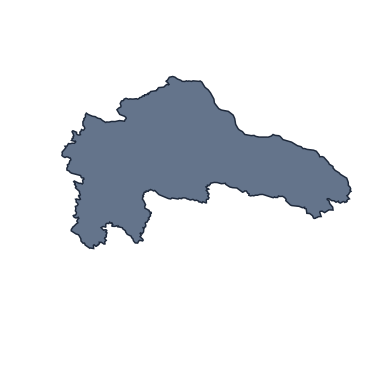 Chita, Equal Earth projection, rotated 215°
{"feature_id": "RUS-2610", "entity_name": "Chita", "entity_type": "Region", "adm_level": 1, "iso_a3": "RUS", "parent_name": "Russia", "parent_adm1": "", "projection": "equal_earth", "projection_center": [116.487, 53.771], "detail": "fine", "context": "isolated", "style": "filled", "palette": "slate", "viewbox_px": 384, "rotation_deg": 215, "n_neighbors": 0, "source": "natural_earth", "source_scale": "10m", "svg_char_len": 6080}
<svg xmlns="http://www.w3.org/2000/svg" viewBox="0 0 384 384"><g transform="rotate(215 192 192)"><path d="M185.3,270.4L181.8,269.4L175.9,272.1L173.6,274.0L171.8,274.1L168.5,275.5L161.0,280.7L159.1,283.4L158.6,285.6L156.4,286.1L153.2,287.9L151.7,288.1L147.5,287.1L139.0,290.0L132.1,290.4L128.6,291.7L126.0,291.2L124.7,292.2L122.2,292.9L116.4,296.0L113.5,296.7L109.1,295.3L107.6,294.1L105.6,295.7L104.0,296.1L97.2,294.5L95.5,293.5L91.5,293.8L90.8,293.5L90.3,292.6L87.3,291.8L82.5,292.1L80.6,291.6L73.2,292.1L69.5,289.5L67.7,287.1L65.3,286.6L63.7,285.5L63.7,284.2L62.1,283.8L62.7,282.3L62.4,279.5L63.0,277.8L59.1,276.7L60.1,275.2L60.3,273.8L59.6,273.3L59.8,272.3L60.6,271.8L60.8,271.1L62.1,271.3L62.8,270.8L64.1,268.0L65.7,267.7L66.8,268.4L68.2,266.2L70.6,266.3L72.7,265.0L75.9,265.1L77.2,264.2L77.3,263.7L76.9,263.3L74.8,263.4L72.5,261.5L68.1,260.3L66.1,258.1L69.6,255.9L71.5,251.2L74.5,250.9L75.9,249.6L75.7,248.6L72.1,246.0L74.3,244.3L75.0,242.7L75.6,242.3L75.8,241.3L76.8,240.4L77.6,240.4L79.6,241.7L83.2,241.9L85.7,240.4L88.8,243.7L90.4,243.1L91.0,244.0L92.6,242.4L96.0,241.7L102.5,238.1L103.9,237.8L110.2,238.7L110.7,240.0L113.0,240.6L115.4,240.4L117.5,238.7L118.9,238.3L118.7,236.7L120.7,235.3L121.6,235.3L122.0,234.1L122.7,233.7L132.7,230.6L135.2,228.7L136.6,226.8L138.1,225.9L139.2,224.3L140.6,223.7L141.7,222.4L143.6,221.9L144.2,223.2L145.8,223.0L147.9,224.0L149.5,223.0L149.7,221.8L150.5,220.8L157.6,221.0L161.3,218.8L163.9,217.8L168.7,217.6L169.6,218.3L172.7,215.6L176.6,214.3L179.3,212.6L181.8,209.8L181.4,208.5L181.9,207.7L181.7,206.8L183.2,206.4L182.7,205.4L183.5,204.2L181.8,203.5L181.0,204.1L179.9,204.0L181.2,202.0L181.2,201.4L179.3,201.1L178.5,200.6L178.5,200.0L177.3,200.4L176.7,199.5L176.9,198.4L176.7,197.7L174.8,197.1L174.6,195.4L175.7,194.4L175.7,193.6L174.0,191.4L174.4,191.0L177.5,190.3L177.5,188.8L179.5,188.6L180.5,187.8L181.5,188.3L183.8,187.8L184.7,186.6L187.0,186.5L188.9,184.4L191.2,184.0L191.8,183.5L193.5,183.5L195.3,182.6L196.6,181.5L196.6,180.6L199.1,179.4L199.3,178.3L205.0,175.6L205.4,174.1L207.5,173.1L217.6,170.9L223.4,171.9L223.9,170.9L227.3,170.3L227.4,169.5L228.2,169.0L228.2,167.5L230.1,166.5L229.8,165.3L230.9,164.5L230.8,163.2L230.1,162.8L230.3,161.2L230.0,161.2L229.9,160.6L229.1,160.3L229.4,159.4L228.3,157.5L227.1,157.4L222.7,154.9L222.5,153.1L221.3,151.7L216.6,152.3L215.6,151.4L213.8,151.9L213.3,151.5L213.1,151.0L213.7,150.1L212.3,148.6L212.6,147.2L212.4,146.5L212.8,145.7L211.5,145.1L211.9,143.6L211.5,141.7L212.4,140.7L212.5,139.7L210.7,138.2L210.1,136.9L210.6,136.3L210.4,135.2L211.5,134.7L210.1,133.8L208.8,131.5L208.9,129.0L210.6,129.1L210.8,128.4L208.7,127.2L208.9,125.6L205.4,125.1L204.4,124.6L204.4,123.6L207.1,122.4L207.5,121.1L207.2,119.0L209.3,117.7L211.9,118.4L213.8,119.9L215.2,119.9L216.5,120.9L220.8,120.2L223.4,121.2L224.4,122.1L227.4,122.1L228.5,122.8L231.5,121.6L232.6,121.8L232.2,121.2L232.6,120.9L234.4,121.1L235.4,119.6L237.8,118.1L238.4,118.7L238.2,119.8L239.3,120.0L239.3,120.6L240.1,120.7L240.4,120.1L241.0,119.7L242.1,120.1L242.1,118.4L243.7,117.6L244.1,116.6L243.9,115.4L243.0,114.7L242.6,113.7L245.1,112.7L246.0,110.6L242.5,110.0L241.5,111.3L240.3,111.8L239.6,111.4L239.8,109.8L238.4,109.9L238.0,109.2L237.7,107.2L237.0,107.0L236.5,105.9L237.2,104.5L237.0,103.8L234.5,103.2L235.0,101.2L233.5,99.6L234.2,98.9L237.4,98.8L239.1,97.6L238.4,97.1L238.3,95.7L238.8,95.2L238.5,94.3L239.1,93.7L239.1,92.9L239.6,92.4L241.9,92.6L242.2,91.8L240.1,89.3L243.4,87.7L243.5,87.3L249.2,87.3L250.5,88.4L251.2,88.3L251.8,87.5L254.8,88.2L256.3,90.0L260.4,91.9L263.0,91.1L268.7,90.9L269.4,92.2L269.3,93.9L269.6,94.7L269.2,95.6L268.4,99.9L267.8,101.1L268.0,101.5L269.7,102.1L269.9,104.5L269.6,105.5L270.6,106.1L271.9,104.3L272.7,103.9L274.4,103.8L275.7,104.4L275.3,105.4L274.3,106.1L274.2,107.7L275.0,109.1L276.7,109.6L277.7,111.9L279.3,113.3L278.2,114.9L278.2,116.5L279.3,117.2L281.1,117.3L282.2,118.9L283.2,119.3L282.6,120.0L279.8,121.1L279.2,122.0L279.9,122.6L281.1,122.7L281.4,123.4L282.7,123.7L282.8,124.3L282.0,124.7L281.8,125.6L283.7,126.8L284.5,127.9L289.9,128.6L290.2,129.6L289.9,130.0L292.5,130.9L292.2,131.5L292.5,131.9L294.9,132.6L294.7,133.5L289.6,134.3L288.0,135.4L286.5,135.6L286.4,136.9L288.4,138.9L287.9,140.6L288.8,141.3L290.2,140.4L291.2,140.5L292.7,141.6L301.3,138.4L303.0,138.2L304.7,138.7L307.0,138.2L308.2,139.8L308.3,141.6L309.7,142.8L308.9,144.5L310.0,147.4L309.6,148.6L310.1,149.4L311.5,150.0L311.9,149.5L313.4,149.5L315.0,148.8L315.8,147.4L317.8,147.1L319.5,147.3L320.4,149.3L321.3,150.1L320.7,155.9L322.3,156.6L320.7,157.9L321.0,160.8L319.4,161.7L318.3,163.1L316.2,164.5L316.0,166.4L316.7,166.8L317.4,166.1L320.3,165.1L320.2,166.0L320.9,167.1L320.2,168.2L321.2,169.1L321.0,170.1L322.8,171.6L324.8,172.5L324.9,173.4L324.6,173.9L320.8,174.7L320.1,173.6L319.1,173.2L317.3,173.7L316.3,175.0L317.3,175.6L318.2,176.8L317.8,178.0L318.3,179.8L316.5,180.1L316.2,181.2L316.4,182.8L318.1,183.9L319.4,183.9L321.7,187.0L321.8,189.3L322.6,189.9L322.3,192.0L322.8,193.2L323.6,193.9L323.8,196.0L321.4,196.0L316.9,197.0L314.6,198.2L311.5,198.4L309.0,199.5L306.3,199.2L302.5,199.5L302.1,200.4L300.1,201.6L298.4,203.6L295.4,205.6L292.4,208.9L287.9,211.3L288.3,212.8L288.0,214.4L288.9,215.2L290.7,215.3L295.7,214.1L300.7,216.3L300.2,218.7L299.1,220.8L299.6,221.9L301.6,223.3L302.0,226.1L300.6,227.7L300.9,229.1L299.8,230.9L296.9,231.7L296.4,232.6L293.8,234.1L291.0,236.6L289.8,236.8L289.0,238.3L289.0,239.3L287.6,240.8L287.7,241.9L287.2,242.9L286.2,243.2L286.6,244.5L284.8,245.8L284.8,247.2L283.8,247.2L284.2,248.2L283.7,248.5L283.5,250.6L279.4,254.5L279.6,255.4L279.0,256.1L279.4,257.2L279.1,258.5L275.3,261.7L274.5,265.4L273.8,266.1L272.8,266.2L272.5,266.9L274.7,267.8L276.6,267.7L276.8,268.4L276.2,269.4L276.4,273.0L274.0,275.6L271.8,276.3L268.7,276.2L265.3,277.1L263.5,277.0L261.2,278.5L260.3,279.9L258.8,280.3L258.4,281.1L255.7,282.4L255.0,283.6L249.5,286.8L249.1,287.6L247.1,287.7L241.5,285.2L237.4,285.0L233.7,283.8L227.4,280.7L224.7,277.8L217.9,275.6L214.9,276.0L208.5,278.9L202.4,278.6L199.1,276.6L195.1,272.5L190.6,270.3L188.8,270.0L185.3,270.4Z" fill="#64748b" stroke="#1e293b" stroke-width="1.5"/></g></svg>